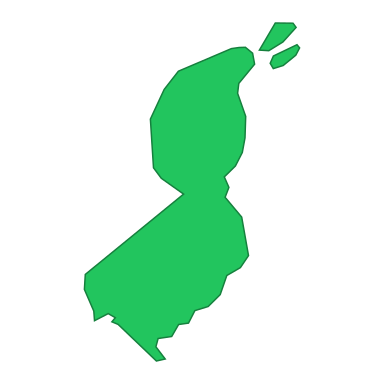 the district of Sindo, North Korea
{"feature_id": "82179303B2981535202544", "entity_name": "Sindo", "entity_type": "district", "adm_level": 2, "iso_a3": "PRK", "parent_name": "North Korea", "parent_adm1": "", "projection": "albers", "projection_center": [124.262, 39.858], "detail": "fine", "context": "isolated", "style": "filled", "palette": "green", "viewbox_px": 384, "rotation_deg": 0, "n_neighbors": 0, "source": "geoboundaries", "source_scale": "gbopen_adm2", "svg_char_len": 802}
<svg xmlns="http://www.w3.org/2000/svg" viewBox="0 0 384 384"><path d="M194.9,310.6L208.2,306.5L220.2,294.6L226.8,275.5L240.4,267.6L248.5,255.6L241.7,217.1L225.1,197.3L228.9,187.4L224.3,176.9L235.4,166.0L242.3,152.5L245.0,137.9L245.7,116.4L237.6,93.3L238.8,83.4L254.6,64.2L252.6,53.2L245.4,47.3L239.1,47.5L231.4,48.6L178.4,71.2L164.2,89.4L150.4,119.1L153.5,167.8L161.3,178.3L183.6,194.1L85.3,274.4L84.4,289.4L93.8,311.1L94.5,320.7L108.2,313.6L115.3,317.7L111.9,321.8L118.1,324.4L156.4,361.0L165.2,359.0L155.9,346.8L158.1,338.5L171.7,336.5L178.6,324.5L188.5,323.1L194.9,310.6ZM282.9,42.0L296.1,27.4L293.0,23.2L275.3,23.0L259.4,50.1L268.8,50.7L282.9,42.0ZM283.2,65.5L295.8,55.2L299.6,47.9L297.0,44.7L273.4,56.0L270.2,63.3L273.3,68.6L283.2,65.5Z" fill="#22c55e" stroke="#15803d" stroke-width="1.5"/></svg>